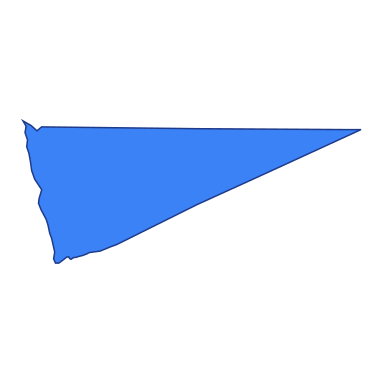 outline of Al Burgaig, Northern, Sudan
{"feature_id": "16777658B75799368386758", "entity_name": "Al Burgaig", "entity_type": "district", "adm_level": 2, "iso_a3": "SDN", "parent_name": "Sudan", "parent_adm1": "Northern", "projection": "albers", "projection_center": [30.508, 19.556], "detail": "fine", "context": "isolated", "style": "filled", "palette": "blue", "viewbox_px": 384, "rotation_deg": 0, "n_neighbors": 0, "source": "geoboundaries", "source_scale": "gbopen_adm2", "svg_char_len": 669}
<svg xmlns="http://www.w3.org/2000/svg" viewBox="0 0 384 384"><path d="M361.0,129.6L345.7,129.6L197.4,128.7L41.6,126.9L37.0,130.8L31.2,125.6L23.0,120.9L26.0,126.1L25.7,128.8L25.0,132.5L27.5,139.9L26.7,146.8L28.9,153.2L30.3,160.8L31.7,170.7L34.7,179.2L41.7,189.8L39.1,198.4L38.5,203.2L41.0,209.6L46.2,219.4L48.1,225.4L48.5,227.6L49.7,233.2L51.7,238.6L52.8,243.6L54.7,252.1L53.6,258.8L55.5,263.1L58.8,263.1L62.4,260.5L66.6,257.2L68.6,256.7L69.6,258.5L71.0,259.3L73.6,257.6L76.2,257.3L78.6,256.5L82.6,255.5L86.9,253.9L88.9,252.7L91.9,252.2L100.1,251.1L110.8,246.7L116.6,244.6L196.6,204.8L261.0,175.5L361.0,129.6Z" fill="#3b82f6" stroke="#1e3a8a" stroke-width="1.5"/></svg>